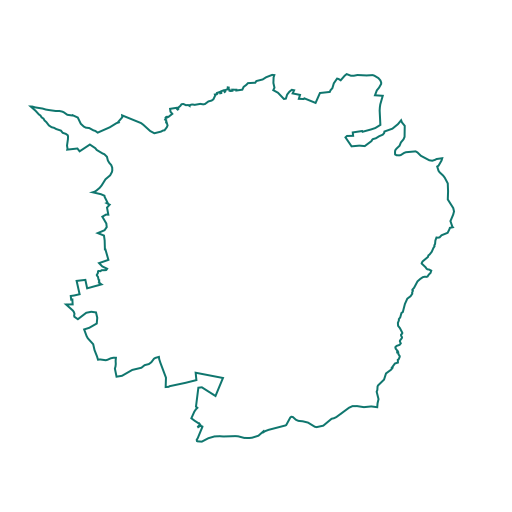 the district of San Pedro, Sucre, Colombia, rotated 82°
{"feature_id": "7082276B2903926755243", "entity_name": "San Pedro", "entity_type": "district", "adm_level": 2, "iso_a3": "COL", "parent_name": "Colombia", "parent_adm1": "Sucre", "projection": "robinson", "projection_center": [-75.049, 9.394], "detail": "fine", "context": "isolated", "style": "outline", "palette": "teal", "viewbox_px": 512, "rotation_deg": 82, "n_neighbors": 0, "source": "geoboundaries", "source_scale": "gbopen_adm2", "svg_char_len": 5989}
<svg xmlns="http://www.w3.org/2000/svg" viewBox="0 0 512 512"><g transform="rotate(82 256 256)"><path d="M254.9,57.1L254.2,57.5L248.5,58.6L242.5,55.0L239.4,53.7L236.0,54.0L226.7,58.2L218.7,56.8L210.8,56.0L204.7,58.2L202.4,59.5L198.7,62.5L197.0,63.4L192.6,64.1L192.0,62.7L191.0,61.9L187.3,59.0L185.1,58.0L185.1,63.7L185.7,65.3L186.2,68.2L185.3,71.1L179.7,78.8L175.9,81.7L174.6,83.4L174.1,93.1L174.5,94.9L176.2,98.6L176.3,99.9L175.8,102.8L174.8,104.1L172.5,103.9L170.7,103.4L169.3,102.0L166.8,98.5L163.7,96.7L161.0,93.7L158.7,92.3L147.8,90.6L144.0,92.9L141.8,93.4L145.2,97.1L148.9,103.2L150.6,111.5L152.1,112.0L153.5,113.6L154.5,117.3L156.1,120.9L156.5,123.9L156.9,124.6L158.3,125.7L162.3,133.0L161.1,138.2L160.7,146.1L151.0,150.9L149.8,149.2L150.5,143.1L147.1,143.0L147.0,133.5L147.8,133.2L146.7,124.5L145.9,120.1L143.5,114.6L129.1,113.3L125.8,112.6L123.1,111.8L115.0,108.2L113.4,115.8L108.8,113.3L106.4,110.7L103.0,108.1L101.6,107.9L99.4,108.4L96.9,110.0L93.9,113.7L93.1,115.3L92.6,121.4L90.9,130.3L91.1,133.9L90.7,136.9L88.5,140.9L89.8,143.1L93.8,147.7L92.2,149.6L91.6,151.0L95.8,154.9L100.4,157.0L102.3,159.2L103.8,160.1L103.5,170.0L112.7,175.7L106.6,186.2L107.2,186.9L106.3,191.7L102.6,190.0L100.1,197.1L97.2,195.2L96.4,197.4L98.0,200.1L100.5,202.7L104.3,204.5L104.4,206.5L97.4,211.5L94.2,215.8L91.9,214.3L87.1,214.7L81.5,213.7L79.4,212.7L78.9,214.8L80.4,221.1L82.1,224.8L82.8,231.3L84.3,232.6L83.7,239.9L85.2,241.8L86.8,244.7L89.4,246.4L89.4,252.4L88.6,252.3L88.0,256.4L89.1,256.4L89.1,258.2L88.7,259.2L87.6,259.0L87.2,260.2L85.4,259.6L85.1,260.5L86.9,260.9L87.6,264.1L88.9,263.6L89.2,264.2L87.4,264.8L88.0,267.5L89.8,267.7L89.9,268.8L88.5,269.0L89.1,271.9L89.8,271.8L90.1,272.7L90.4,272.6L90.6,273.6L90.4,273.6L90.4,274.2L91.3,274.0L94.9,276.4L95.9,278.3L96.3,281.6L98.4,285.4L98.5,287.1L97.6,290.0L97.8,295.7L97.2,297.5L97.1,298.9L97.4,300.8L98.1,300.9L97.1,302.1L96.9,304.4L95.4,306.7L95.3,308.1L95.5,308.8L96.9,310.1L97.7,311.5L99.4,312.9L99.8,312.7L100.1,313.2L99.6,313.6L98.9,312.7L98.2,313.3L98.3,320.6L101.2,320.6L103.6,319.1L106.1,323.4L105.7,324.8L105.8,325.3L106.5,325.1L106.6,326.3L107.4,326.3L108.3,327.0L109.0,326.0L111.1,326.4L111.1,325.9L114.4,325.4L116.1,326.4L118.8,329.1L118.8,330.6L119.6,332.8L120.3,339.6L117.5,343.4L110.4,349.3L108.4,351.3L98.1,369.0L100.0,369.1L103.9,373.6L104.6,373.3L105.0,375.6L108.2,382.9L111.8,395.6L109.8,397.7L108.9,399.6L106.1,403.3L105.2,406.7L103.9,408.5L100.7,411.1L94.1,413.2L91.0,418.1L91.3,418.4L89.9,423.2L86.8,426.5L86.0,427.9L85.0,430.6L84.5,434.3L82.7,440.6L81.7,443.8L80.3,446.8L78.1,454.0L76.8,456.9L76.6,458.3L81.5,454.1L85.6,451.3L86.9,449.9L88.9,449.0L90.4,447.3L92.3,446.6L94.2,445.0L97.9,442.9L100.0,440.5L101.0,438.1L102.4,436.3L104.7,431.7L107.1,430.3L108.6,427.3L110.3,425.6L111.5,425.5L114.2,426.0L120.4,427.8L123.4,427.7L124.4,428.1L124.7,417.9L127.8,416.1L122.5,405.0L126.9,400.1L128.8,399.0L133.1,393.7L134.1,392.0L137.0,389.8L140.8,389.4L143.4,388.3L145.8,386.7L148.5,386.1L151.2,386.4L152.8,387.0L155.8,389.2L159.1,394.4L164.7,399.1L166.8,401.4L169.1,405.1L169.9,406.9L170.2,408.8L173.2,401.0L175.2,397.7L176.6,397.6L182.5,395.6L182.8,396.6L184.8,393.8L187.3,396.8L194.5,396.5L194.1,398.7L195.7,402.7L203.0,399.7L206.6,399.8L209.4,402.4L211.3,409.5L214.6,403.7L219.5,403.7L228.4,404.7L228.5,404.2L239.3,402.7L241.2,412.4L244.9,409.7L247.9,405.2L249.0,406.2L249.1,406.7L248.6,411.0L249.4,412.1L248.9,414.2L249.4,414.6L251.0,415.0L252.6,416.3L253.1,416.3L254.6,415.4L257.5,415.2L258.1,414.6L259.1,415.0L260.1,414.7L260.6,415.2L262.6,413.0L264.5,427.7L255.9,428.3L255.7,437.1L269.3,436.0L269.8,441.5L269.8,445.0L273.5,445.1L273.5,443.9L278.4,444.3L277.6,450.8L284.6,444.9L286.0,444.2L287.9,443.8L289.8,444.4L290.9,444.3L293.8,441.2L288.6,432.0L288.3,426.9L289.6,422.3L295.1,421.8L300.7,423.1L303.9,431.1L304.8,436.4L311.7,434.9L314.1,434.0L320.7,429.5L326.7,429.0L333.4,427.4L336.7,426.9L336.7,424.9L338.3,419.3L338.1,417.5L337.1,414.1L336.9,411.2L337.3,408.9L340.3,409.6L343.5,409.9L345.8,410.5L347.9,411.4L356.1,410.9L356.0,405.4L351.6,394.4L350.7,385.0L348.6,381.5L348.1,377.1L346.6,374.4L343.5,371.3L342.9,369.8L342.4,366.2L344.7,366.2L348.2,365.6L364.0,362.1L373.2,363.7L373.4,360.7L372.9,359.7L371.8,343.6L370.6,332.3L363.2,332.0L372.2,305.7L389.0,315.6L378.5,327.9L378.4,331.4L396.8,336.4L398.2,335.2L399.4,336.8L401.5,338.7L407.7,342.6L410.6,339.7L413.8,336.0L413.7,335.7L415.2,334.8L416.9,337.2L417.4,337.0L416.3,334.6L417.2,333.2L417.4,333.4L417.8,332.9L428.2,339.0L429.8,340.3L431.1,340.2L431.4,339.7L432.3,335.5L429.8,328.5L428.9,322.2L429.4,317.0L430.2,313.4L431.5,301.4L432.1,298.7L434.5,293.0L435.3,288.2L435.4,285.2L434.3,278.6L430.7,273.1L431.5,273.1L430.7,271.3L429.9,267.7L427.9,250.4L427.6,249.6L420.7,244.5L420.1,243.4L420.6,241.9L423.7,239.3L424.6,237.9L425.2,236.8L426.2,232.7L428.2,227.7L433.3,221.5L433.9,219.8L433.4,213.0L427.7,203.8L427.5,201.4L426.7,198.9L419.2,185.0L418.1,181.4L418.7,176.8L420.7,170.2L421.0,162.8L422.6,157.0L418.7,156.1L414.8,154.6L407.2,155.4L405.6,154.5L402.2,153.8L401.2,153.2L396.2,146.4L390.4,143.6L387.4,138.1L385.9,136.5L385.5,137.0L381.8,133.4L381.3,130.3L378.5,130.0L378.3,129.2L376.0,127.8L375.2,127.6L373.2,128.6L371.7,128.6L371.3,129.6L370.6,129.6L370.1,128.8L367.2,130.6L365.7,130.7L364.6,129.3L364.0,126.2L362.7,124.8L360.5,125.4L359.8,125.2L357.6,123.0L356.8,122.7L355.1,123.4L354.1,123.3L353.1,122.0L352.4,121.8L347.5,123.5L344.9,125.0L342.0,124.8L339.7,123.5L338.4,123.3L336.8,121.7L332.7,119.9L331.8,118.3L331.2,118.1L324.2,115.2L319.3,112.1L317.3,108.5L315.1,106.5L314.0,106.5L312.3,105.5L311.7,105.9L311.1,105.8L309.5,103.9L303.6,99.6L301.6,96.6L300.2,93.8L300.0,91.7L300.4,90.1L300.2,89.0L298.5,87.5L297.0,85.5L294.9,84.5L293.5,86.5L293.1,88.0L292.3,88.9L290.8,89.6L286.5,93.0L285.6,92.6L284.5,91.7L280.9,85.9L279.4,85.2L278.7,83.9L276.3,81.4L272.6,79.1L271.3,77.9L270.2,77.9L269.0,77.0L265.6,76.2L262.8,74.7L263.2,73.3L263.1,71.6L261.3,69.4L259.7,63.0L256.5,60.8L255.1,60.1L254.9,57.1Z" fill="none" stroke="#0f766e" stroke-width="2"/></g></svg>